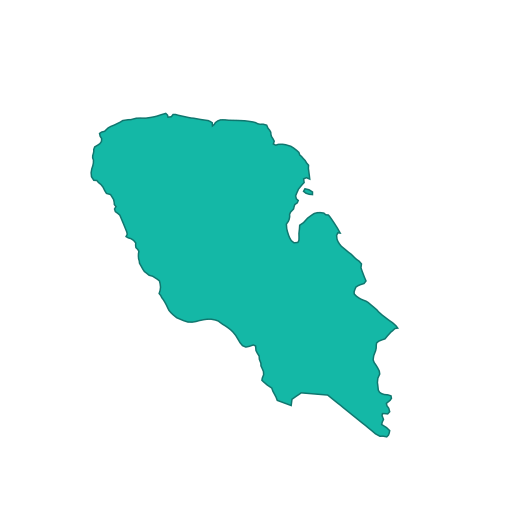 outline of Alcântara, Maranhão, Brazil, rotated 293°
{"feature_id": "56859067B30520431935021", "entity_name": "Alcântara", "entity_type": "district", "adm_level": 2, "iso_a3": "BRA", "parent_name": "Brazil", "parent_adm1": "Maranhão", "projection": "robinson", "projection_center": [-44.534, -2.392], "detail": "fine", "context": "isolated", "style": "filled", "palette": "teal", "viewbox_px": 512, "rotation_deg": 293, "n_neighbors": 0, "source": "geoboundaries", "source_scale": "gbopen_adm2", "svg_char_len": 4453}
<svg xmlns="http://www.w3.org/2000/svg" viewBox="0 0 512 512"><g transform="rotate(293 256 256)"><path d="M245.0,414.6L246.4,412.2L247.2,410.0L247.9,407.9L248.9,403.1L250.9,395.3L252.5,390.5L253.6,388.4L254.5,385.6L256.0,380.7L257.0,377.5L257.4,375.0L257.3,371.9L257.3,369.3L257.6,367.0L258.2,364.2L259.4,361.3L261.3,360.3L263.8,360.1L266.4,360.1L268.5,361.5L270.3,363.2L272.9,366.2L276.0,367.0L278.8,364.1L283.6,359.5L286.2,357.2L289.9,356.2L291.5,353.0L292.1,350.1L292.9,347.7L294.8,343.0L295.5,340.0L297.0,335.1L298.3,330.7L299.7,328.1L301.4,325.7L303.1,324.0L306.5,322.1L309.3,322.3L310.0,324.5L313.4,320.1L316.8,315.2L319.4,311.2L321.0,308.6L322.0,306.6L321.2,304.1L322.0,301.7L321.1,298.3L319.8,295.5L317.9,293.0L316.0,291.7L313.4,290.1L311.0,288.7L305.3,286.7L303.1,285.3L301.4,284.2L297.6,285.5L293.6,286.7L290.0,288.3L287.2,289.4L284.8,289.2L283.0,285.9L283.9,282.5L285.7,280.1L287.5,278.2L290.5,275.6L293.0,273.7L297.2,271.5L300.5,272.2L302.6,272.2L305.2,271.7L307.6,270.6L310.0,270.7L312.1,271.5L314.0,272.2L316.1,271.8L318.5,271.6L321.0,273.2L323.6,273.2L324.4,270.8L326.8,269.0L329.9,268.9L334.3,269.0L337.7,270.0L340.3,270.8L342.4,271.6L345.6,269.7L347.8,271.8L347.8,275.4L350.8,273.7L353.7,272.0L357.1,270.0L360.1,268.9L361.3,266.4L363.1,263.9L364.2,261.4L365.4,259.0L366.1,256.8L368.1,255.0L369.1,252.2L370.1,248.4L370.6,245.2L370.0,239.8L369.2,236.7L367.5,232.9L365.7,230.9L365.9,228.2L368.8,227.9L370.6,225.7L372.0,223.6L373.8,222.2L375.7,221.2L377.1,219.4L378.3,217.1L380.6,214.7L380.1,211.0L378.8,208.2L378.4,205.8L378.6,203.5L378.2,200.8L377.1,196.5L376.1,192.9L375.0,189.9L373.3,185.4L371.7,181.4L370.2,177.6L369.3,174.6L368.4,172.3L367.4,170.1L365.4,168.0L362.9,166.5L360.8,166.2L358.7,165.1L361.5,163.7L361.9,161.5L362.0,159.2L360.0,151.6L358.5,144.9L357.7,142.5L357.1,139.7L356.6,137.0L356.1,134.4L355.2,129.7L354.8,126.5L353.9,124.4L351.1,123.6L349.4,120.8L351.1,119.5L352.0,117.2L349.0,113.5L346.1,110.2L344.5,108.1L342.7,105.4L339.8,100.7L337.6,95.3L336.0,91.9L332.6,87.5L331.5,85.1L328.6,80.4L326.0,78.6L324.2,77.0L321.3,74.5L318.5,71.7L316.2,69.9L314.0,68.9L311.6,67.9L309.8,65.5L307.7,64.1L305.3,65.8L303.8,68.0L301.1,69.0L298.4,68.4L296.1,66.9L293.4,64.9L290.7,65.0L288.9,65.8L287.0,66.2L284.5,66.5L282.5,67.3L280.8,68.9L278.0,70.0L275.4,70.5L272.0,70.8L268.2,71.7L264.7,73.6L262.3,77.1L263.3,80.0L262.1,82.3L261.2,85.4L259.6,88.3L257.0,91.3L255.2,93.9L255.7,98.1L254.4,100.0L252.4,102.8L250.0,104.5L248.0,105.5L246.8,107.8L244.0,107.4L241.9,109.2L241.2,112.2L240.4,114.7L233.5,121.8L227.7,127.6L225.7,129.0L223.1,128.8L222.8,131.4L223.1,134.2L222.5,137.3L221.0,140.2L219.0,140.9L216.8,142.2L215.8,144.7L214.4,146.4L212.2,146.9L209.9,147.8L207.6,149.0L205.8,150.5L203.8,151.6L201.9,154.1L199.7,156.9L198.1,159.3L197.5,161.7L196.5,165.1L197.0,168.7L196.2,173.6L195.4,176.8L193.0,178.6L190.0,180.3L186.8,181.2L183.6,181.5L182.5,183.6L180.8,185.6L179.6,187.7L177.9,190.1L175.9,192.6L173.4,195.4L171.9,197.2L170.6,199.8L169.5,202.7L168.2,207.1L168.2,210.6L168.2,214.6L168.6,219.1L170.2,223.1L172.2,226.3L174.3,228.9L175.6,230.8L177.0,232.8L178.7,235.7L180.3,239.4L181.2,243.5L181.4,246.8L180.8,249.0L180.1,252.1L179.7,255.0L179.0,258.3L178.2,261.4L177.0,264.5L175.0,268.3L173.7,270.1L169.9,275.3L168.2,278.6L168.2,282.2L170.2,285.1L173.1,288.3L173.0,290.8L169.0,292.9L166.9,295.4L165.1,298.0L162.3,299.4L159.2,302.4L156.8,303.5L154.8,305.7L152.6,308.0L149.7,309.4L146.0,309.5L143.9,310.0L142.9,312.7L141.6,316.8L140.6,322.1L138.1,324.4L136.1,326.9L133.9,329.6L131.4,332.0L132.1,346.8L138.2,345.1L142.9,348.0L145.0,349.4L147.7,351.1L156.0,376.3L153.5,385.0L152.3,389.3L151.6,392.1L150.4,395.9L149.4,399.5L143.9,418.7L142.9,422.5L141.4,427.5L140.4,431.0L139.0,435.4L138.5,440.5L139.8,443.3L140.6,447.0L142.9,447.9L145.0,447.8L147.5,447.3L149.0,443.4L150.0,437.5L152.5,437.1L155.4,437.2L158.3,434.4L160.3,434.0L161.2,436.0L162.1,438.9L164.9,439.9L167.7,437.7L169.3,435.0L171.3,433.6L175.5,435.8L177.9,436.3L180.0,434.9L179.7,431.6L178.6,428.2L178.4,425.4L178.8,423.0L180.3,421.0L185.1,418.3L186.9,417.2L191.1,415.9L195.7,416.0L198.3,414.4L200.7,411.5L202.4,409.1L204.1,406.4L206.2,404.4L208.3,403.8L210.3,403.3L215.6,403.1L218.2,402.6L221.3,401.4L223.2,401.0L225.6,402.3L228.1,404.8L230.1,407.1L234.1,408.3L236.9,409.3L238.7,409.9L240.5,410.9L243.5,412.2L245.0,414.6ZM337.0,283.0L337.7,278.9L337.0,274.8L334.1,274.5L333.3,277.4L333.6,280.9L334.6,284.0L337.0,283.0Z" fill="#14b8a6" stroke="#0f766e" stroke-width="1.5"/></g></svg>